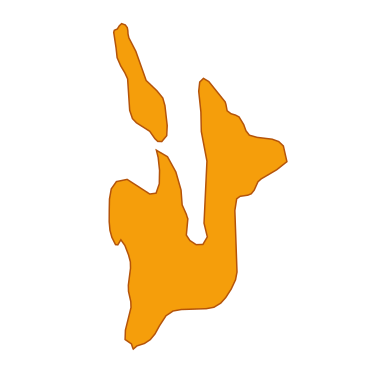 the border of Southern Leyte, rotated 185°
{"feature_id": "PHL-2585", "entity_name": "Southern Leyte", "entity_type": "Province", "adm_level": 1, "iso_a3": "PHL", "parent_name": "Philippines", "parent_adm1": "", "projection": "equal_earth", "projection_center": [125.092, 10.27], "detail": "fine", "context": "isolated", "style": "filled", "palette": "amber", "viewbox_px": 384, "rotation_deg": 185, "n_neighbors": 0, "source": "natural_earth", "source_scale": "10m", "svg_char_len": 1577}
<svg xmlns="http://www.w3.org/2000/svg" viewBox="0 0 384 384"><g transform="rotate(185 192 192)"><path d="M236.8,30.4L237.5,31.6L239.1,35.4L245.8,39.2L246.3,48.6L242.7,71.5L243.4,77.4L246.6,87.5L247.3,93.6L246.6,110.7L247.3,117.0L249.7,123.7L254.2,132.9L258.7,138.2L261.3,132.9L263.6,132.9L267.9,139.9L270.4,146.7L271.9,155.2L272.9,167.4L273.6,177.8L272.7,188.1L268.2,195.8L257.7,198.9L233.9,186.3L227.7,187.7L225.3,197.3L226.2,210.7L228.7,223.4L231.1,230.5L219.5,225.0L209.8,210.5L203.1,193.0L200.7,178.3L195.6,169.1L195.0,167.4L193.8,164.9L193.9,148.6L189.9,143.5L183.3,139.9L176.6,140.7L172.8,148.6L177.3,162.0L179.8,224.0L188.0,253.1L190.1,272.4L194.1,293.0L193.9,302.2L190.5,306.2L184.9,303.5L166.8,284.6L165.8,282.1L164.1,276.0L160.0,273.4L155.3,272.4L151.7,270.9L146.4,263.7L143.6,257.7L139.8,253.6L131.9,252.1L116.8,251.6L110.0,249.8L105.0,245.8L100.1,230.5L109.6,221.5L124.1,211.2L127.2,207.9L130.2,199.3L132.8,195.4L136.1,193.7L143.7,191.9L146.9,189.1L147.7,177.3L140.2,116.2L141.0,108.3L144.5,98.7L149.2,89.8L153.7,83.8L160.1,79.1L167.6,77.0L192.4,74.0L200.5,71.8L207.1,66.5L212.7,56.0L216.5,47.4L220.7,41.3L226.1,37.0L233.4,33.9L236.8,30.4ZM280.2,328.9L283.9,344.2L283.5,346.3L280.6,347.9L278.9,351.2L276.8,353.6L273.0,352.6L270.8,350.1L270.0,347.2L269.5,343.8L268.3,340.0L260.2,327.2L247.4,299.1L235.8,289.8L229.3,283.1L226.5,275.7L222.5,256.0L222.1,245.9L226.5,239.6L230.5,239.4L233.6,241.9L239.4,248.8L253.4,256.1L257.7,259.9L261.2,267.9L266.0,299.1L269.3,304.9L274.0,311.4L278.3,319.3L280.2,328.9Z" fill="#f59e0b" stroke="#b45309" stroke-width="1.5"/></g></svg>